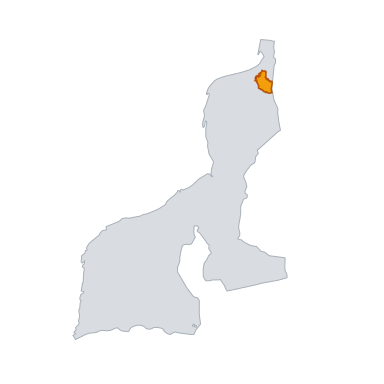 Magude, Maputo, Mozambique shown in context, rotated 186°
{"feature_id": "85939544B12261721998883", "entity_name": "Magude", "entity_type": "district", "adm_level": 2, "iso_a3": "MOZ", "parent_name": "Mozambique", "parent_adm1": "Maputo", "projection": "albers", "projection_center": [32.464, -24.759], "detail": "fine", "context": "in_parent", "style": "filled", "palette": "amber", "viewbox_px": 384, "rotation_deg": 186, "n_neighbors": 0, "source": "geoboundaries", "source_scale": "gbopen_adm2", "svg_char_len": 6978}
<svg xmlns="http://www.w3.org/2000/svg" viewBox="0 0 384 384"><g transform="rotate(186 192 192)"><path d="M110.5,262.6L113.1,260.6L130.4,241.4L131.5,240.6L130.1,237.4L132.3,233.8L132.6,228.0L133.3,227.1L136.0,225.2L139.7,219.3L142.0,214.7L142.3,212.5L139.0,206.2L138.0,202.9L139.0,200.0L139.4,197.3L138.9,196.3L136.9,195.2L136.6,194.0L136.6,192.6L137.0,191.8L139.5,190.5L140.1,189.8L142.1,182.6L141.4,177.1L141.5,170.8L142.0,164.4L141.8,160.7L140.2,156.5L140.0,153.5L141.2,151.4L141.4,150.1L137.4,149.4L135.4,147.7L127.9,144.9L122.0,144.5L117.2,140.3L113.3,139.7L108.4,136.7L93.0,136.3L92.5,136.0L91.8,126.7L91.2,123.6L89.2,120.4L88.6,118.1L88.7,116.6L97.3,113.2L114.1,108.3L117.8,106.7L146.6,97.2L147.4,97.8L150.2,102.6L155.0,108.1L156.1,107.4L163.0,106.6L164.1,105.9L166.2,105.4L168.6,105.2L169.4,105.5L171.9,108.9L172.7,115.3L172.7,119.6L172.4,122.6L170.3,126.1L168.7,130.6L166.5,133.0L166.6,134.1L169.0,136.8L169.5,137.9L169.3,140.3L169.7,141.2L171.8,142.7L173.4,144.9L179.5,151.5L181.0,152.6L182.3,153.0L182.8,154.2L182.5,155.7L181.5,156.5L181.9,157.8L183.0,158.7L185.8,158.6L186.2,158.2L186.1,152.5L185.2,149.2L184.0,147.6L186.5,141.5L187.9,139.8L192.5,139.3L194.7,138.7L195.6,138.0L196.3,136.1L197.0,130.6L197.3,125.5L196.9,122.5L197.7,118.0L198.8,115.2L198.3,114.6L198.0,110.9L186.6,95.5L180.1,88.6L179.0,87.9L175.3,87.3L173.4,84.8L172.0,71.2L169.7,61.5L173.7,55.1L175.0,51.0L175.8,50.4L179.2,50.2L191.0,50.5L193.9,51.0L195.2,50.6L198.3,48.2L200.8,48.3L204.2,50.0L206.0,51.4L206.3,52.6L208.6,53.4L212.8,53.7L215.9,53.2L217.9,51.8L219.9,51.1L222.0,51.1L223.6,51.6L224.7,52.7L226.7,53.6L229.8,54.1L233.2,53.6L236.9,51.9L239.0,50.0L240.3,46.9L241.0,46.5L246.1,46.4L248.9,47.1L252.3,49.3L258.5,46.0L262.4,45.0L266.1,45.1L269.1,44.4L271.5,42.8L274.1,41.9L279.2,40.9L282.7,39.3L292.6,33.0L293.6,35.0L295.4,36.9L292.8,38.8L294.9,40.2L293.2,42.0L292.9,43.3L293.6,44.7L292.4,46.8L290.9,48.4L290.4,49.6L291.5,52.0L290.7,56.0L292.2,62.8L291.5,65.0L291.6,70.3L290.8,72.2L292.0,72.9L292.5,75.1L291.7,78.7L289.6,80.2L289.3,81.7L291.8,81.9L291.6,86.5L291.2,87.9L291.7,89.5L290.8,91.1L291.3,98.6L291.1,104.1L291.1,104.9L293.3,106.0L293.2,107.5L291.6,109.3L291.6,112.2L293.3,110.0L294.2,110.1L295.0,111.0L294.8,114.3L295.2,116.0L294.9,117.4L292.2,119.9L291.9,122.6L290.8,122.8L290.3,123.5L290.9,125.0L290.8,126.3L288.8,130.4L279.5,139.8L279.2,141.5L276.8,144.5L274.4,144.9L273.1,145.6L273.9,148.5L262.0,154.9L260.8,155.8L258.8,158.3L255.0,159.4L250.8,159.4L250.1,159.9L240.6,162.8L238.7,164.2L234.7,165.5L228.3,168.8L223.1,171.9L217.1,176.7L216.3,179.4L213.5,182.8L209.3,186.8L206.7,190.2L206.5,191.7L205.1,192.1L203.9,190.6L203.3,193.4L202.3,193.6L201.2,193.0L196.0,195.8L192.1,199.1L186.6,205.5L178.7,211.7L176.9,211.8L174.4,209.6L173.1,209.4L175.1,211.8L174.9,217.1L173.8,223.3L173.9,224.6L178.9,231.3L181.3,239.1L181.4,243.1L183.9,248.2L184.9,255.9L184.5,263.0L185.7,264.1L186.2,263.1L186.5,258.7L187.2,257.5L187.9,257.6L188.5,260.1L188.6,262.7L187.6,268.2L187.8,270.5L189.0,274.3L187.4,278.7L184.9,290.8L185.4,291.6L186.5,291.9L187.0,290.6L187.7,290.6L188.0,291.4L186.9,296.1L186.0,298.2L182.5,303.3L180.7,305.5L177.7,307.6L170.7,310.8L156.8,315.6L148.0,319.3L141.0,323.8L138.0,326.9L136.7,330.4L134.4,334.0L136.4,337.1L139.0,339.3L140.2,335.7L140.9,335.6L139.6,350.8L130.2,351.0L127.4,350.5L125.9,350.6L125.8,344.3L124.6,339.5L125.1,336.1L124.9,334.3L122.9,333.1L122.4,329.5L123.5,326.6L123.5,303.4L120.1,292.1L115.4,284.0L115.1,280.0L113.0,271.0L110.5,262.6ZM176.2,60.7L177.4,60.1L177.6,59.0L176.8,58.4L176.1,58.5L175.7,60.3L176.2,60.7ZM175.4,58.6L174.4,57.8L173.6,58.0L173.4,58.7L174.1,59.6L174.9,59.6L175.4,58.6Z" fill="#d9dde1" stroke="#a8b0b8" stroke-width="1"/><path d="M141.0,309.4L140.1,309.4L139.7,309.4L139.5,309.7L139.4,309.7L139.4,309.4L139.5,309.3L139.5,309.2L139.4,309.1L139.2,309.0L139.3,308.9L139.0,308.8L138.9,308.7L138.9,308.4L138.9,308.2L139.0,308.0L138.9,307.9L138.9,307.7L138.7,307.5L138.4,307.2L138.3,306.9L138.2,306.8L138.1,306.6L137.9,306.5L137.9,306.3L137.8,306.2L137.7,306.1L137.7,305.9L137.6,305.7L137.4,305.4L137.3,305.2L137.2,305.2L137.0,304.9L136.8,304.8L136.8,304.6L136.7,304.5L136.7,304.2L136.8,303.9L136.9,303.6L136.9,303.4L136.9,303.2L136.8,302.9L136.8,302.4L136.6,302.2L136.4,302.1L136.2,302.0L135.9,302.0L135.6,301.8L135.4,301.7L135.2,301.8L134.9,301.8L134.7,301.8L134.7,301.7L134.5,301.4L134.4,301.3L134.4,301.2L134.1,301.0L133.8,300.9L133.6,301.1L133.4,301.1L133.3,300.9L133.2,300.9L132.9,300.8L132.7,300.9L132.4,300.8L132.3,300.6L132.2,300.6L132.1,300.3L131.9,300.3L131.8,300.1L131.7,299.8L131.3,299.7L131.2,299.5L131.1,299.4L130.9,299.4L130.7,299.3L130.3,299.2L130.1,299.2L129.9,299.1L129.6,299.2L129.5,299.3L129.4,299.2L129.4,299.3L129.2,299.2L128.9,299.3L128.7,299.3L128.7,299.2L128.4,299.0L128.2,298.9L127.9,298.9L127.8,299.1L127.6,298.9L127.4,298.8L127.3,298.7L127.2,298.5L126.9,298.6L126.7,298.6L126.4,298.5L126.2,298.6L125.9,298.5L125.8,298.4L125.7,298.4L125.1,298.3L124.9,298.4L124.7,298.4L124.4,298.5L124.2,298.6L124.0,298.8L123.9,298.8L123.7,298.8L123.4,299.0L122.8,299.2L123.5,300.3L123.9,303.3L123.7,307.9L123.8,309.9L124.0,310.0L124.0,310.3L124.3,310.5L124.4,310.4L124.8,310.3L125.0,310.2L125.3,310.1L125.4,310.3L125.5,310.3L125.8,310.3L125.8,310.2L125.7,309.9L125.8,309.8L126.0,310.0L126.0,310.3L126.0,310.5L126.2,310.8L126.4,310.9L126.5,310.9L126.8,310.9L127.0,310.8L127.0,311.0L127.3,311.3L127.4,311.2L127.6,311.2L127.7,311.4L127.8,311.6L128.1,311.6L128.2,311.8L128.5,311.9L128.5,312.0L128.1,312.2L128.1,312.3L128.3,312.3L128.6,312.4L128.8,312.4L128.9,312.5L129.0,312.4L129.0,312.2L129.0,311.8L129.0,311.7L129.2,311.8L129.3,311.9L129.3,312.1L129.6,312.2L129.8,312.1L130.0,312.2L130.0,312.4L129.9,312.5L129.9,312.8L130.0,313.0L130.3,312.9L130.4,313.0L130.2,313.1L130.2,313.3L130.3,313.3L130.5,313.2L130.7,313.3L130.8,313.5L131.0,313.8L131.1,314.1L130.9,314.3L130.6,314.6L130.9,317.7L130.8,318.3L130.9,318.6L131.2,318.7L131.3,319.0L131.4,319.4L131.3,319.5L131.5,319.6L131.5,319.8L132.1,319.8L132.5,320.0L132.8,319.8L132.9,319.6L132.8,319.3L132.8,319.1L132.9,319.3L135.0,320.3L135.3,319.0L136.2,317.8L136.1,317.5L136.3,317.6L136.7,317.6L136.9,317.3L137.0,317.2L136.9,317.1L137.0,317.0L137.1,316.9L137.5,316.8L137.2,316.5L137.6,316.4L137.7,316.2L137.4,316.1L137.3,315.9L137.2,315.7L137.1,315.3L136.8,315.1L136.7,315.0L136.5,314.9L136.4,314.9L136.3,314.7L136.5,314.6L136.4,314.5L136.7,314.3L137.1,314.3L137.3,314.5L137.6,314.5L137.6,314.4L137.9,313.8L137.9,313.7L138.0,313.8L138.0,313.7L138.3,313.8L138.7,314.0L138.8,314.2L139.0,314.1L139.2,313.9L139.3,313.8L139.5,313.8L139.8,313.8L140.0,313.9L140.0,314.0L140.1,313.9L140.2,313.7L140.3,313.8L140.4,313.7L140.2,313.6L140.0,313.4L140.0,313.0L140.1,312.9L140.2,312.7L140.4,312.7L140.5,312.6L140.5,312.4L140.6,312.5L140.7,312.4L140.7,312.5L140.8,312.4L140.7,312.3L140.7,312.2L140.4,312.1L140.2,312.0L140.3,311.9L140.2,311.9L140.3,311.8L140.2,311.8L140.2,311.7L140.1,311.4L140.0,311.2L140.3,310.9L140.5,310.6L141.0,309.4Z" fill="#f59e0b" stroke="#b45309" stroke-width="1.5"/></g></svg>